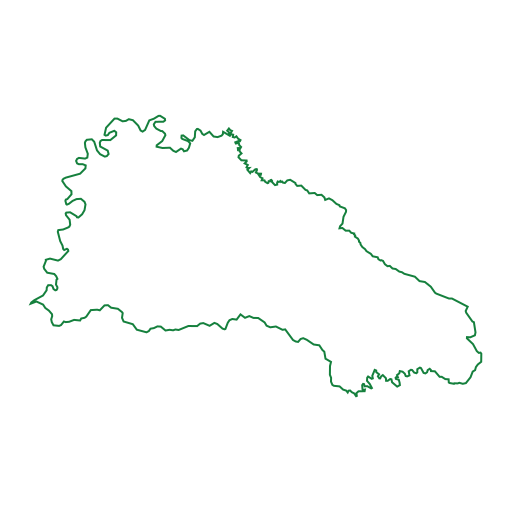 Menoaneng, Mokhotlong, Lesotho
{"feature_id": "5366337B74637186434694", "entity_name": "Menoaneng", "entity_type": "district", "adm_level": 2, "iso_a3": "LSO", "parent_name": "Lesotho", "parent_adm1": "Mokhotlong", "projection": "orthographic", "projection_center": [29.096, -29.433], "detail": "fine", "context": "isolated", "style": "outline", "palette": "green", "viewbox_px": 512, "rotation_deg": 0, "n_neighbors": 0, "source": "geoboundaries", "source_scale": "gbopen_adm2", "svg_char_len": 6017}
<svg xmlns="http://www.w3.org/2000/svg" viewBox="0 0 512 512"><path d="M475.1,370.1L475.9,367.1L477.8,364.5L481.2,361.8L481.3,353.7L480.5,352.6L478.8,352.9L476.8,351.1L473.0,344.1L466.9,338.3L467.0,337.1L470.3,337.3L474.9,335.3L475.5,332.4L473.9,322.2L472.4,321.5L466.2,312.7L465.7,311.0L467.7,306.7L451.9,298.5L448.9,298.5L436.3,293.6L435.0,292.7L430.8,286.7L424.9,282.0L419.5,281.1L414.9,276.7L404.3,273.8L401.9,272.2L399.3,271.6L395.7,269.0L392.5,268.5L389.8,265.9L387.5,266.2L384.9,264.2L383.0,260.9L381.3,260.2L380.5,260.5L378.4,259.2L377.7,257.3L372.7,256.3L370.9,253.9L366.5,251.2L365.1,249.2L362.3,247.0L360.6,244.5L360.3,242.8L359.0,241.7L359.0,240.6L357.9,238.6L354.9,236.6L355.2,235.4L354.0,234.4L354.2,233.5L351.2,232.8L349.3,230.7L345.7,230.7L342.4,228.0L339.5,228.3L340.1,226.2L342.5,223.6L343.5,216.8L346.0,211.8L346.1,210.1L344.9,208.3L339.8,206.4L339.4,205.2L336.4,203.9L332.4,200.2L329.0,198.4L325.2,199.9L324.4,197.4L321.5,194.8L317.2,195.1L314.7,193.0L309.2,193.4L307.2,190.4L305.5,189.9L301.3,185.6L297.2,185.9L295.6,184.1L295.4,183.0L290.2,179.8L287.3,180.4L284.9,183.0L282.9,182.6L282.3,181.6L281.0,182.0L280.5,181.0L278.9,182.0L277.7,181.5L277.1,182.9L277.2,184.6L275.0,185.1L272.1,182.1L272.1,180.9L271.3,179.9L270.5,180.1L270.3,181.3L268.7,181.2L268.3,182.9L267.5,183.2L265.1,181.7L264.5,180.4L261.7,180.3L262.5,178.3L260.2,177.1L258.8,175.0L260.8,174.8L261.0,173.7L258.0,173.6L255.9,172.5L257.0,169.9L256.7,169.1L255.3,169.3L252.4,171.9L251.2,171.4L250.2,173.1L247.4,169.8L249.2,168.0L247.6,168.1L246.5,167.4L247.8,165.0L244.7,163.4L246.7,161.4L246.6,160.5L241.4,160.3L238.5,157.3L238.8,155.7L241.5,153.4L239.5,151.2L239.8,149.1L238.0,149.9L237.8,148.1L240.5,148.0L241.1,147.0L239.3,145.2L238.8,143.0L235.8,143.5L235.3,142.3L239.1,140.8L240.0,141.1L240.5,140.1L238.1,138.7L236.4,136.3L234.6,137.5L232.8,137.0L233.2,134.7L231.0,134.2L230.7,133.1L232.0,130.9L230.3,130.2L228.9,128.5L227.2,130.7L229.3,132.7L228.6,134.4L230.4,135.2L229.9,135.8L223.1,131.8L222.8,134.3L221.5,135.7L217.6,137.1L213.6,136.5L209.4,131.8L204.0,135.0L202.3,133.9L200.5,130.6L197.8,128.9L196.9,129.0L195.2,131.3L194.8,137.3L192.4,140.8L189.5,140.2L183.2,135.4L181.6,135.6L181.4,137.9L182.2,138.9L188.0,141.1L190.2,143.4L188.9,147.8L187.1,150.5L184.0,151.3L182.7,149.3L181.0,148.6L176.0,152.0L173.3,150.8L169.9,147.7L162.5,148.0L156.6,146.7L156.7,145.3L162.2,141.1L165.4,135.2L165.0,133.7L162.3,131.1L160.8,131.0L156.3,128.6L154.2,126.1L153.8,124.3L155.5,121.8L163.4,121.7L165.1,120.4L164.9,118.8L160.1,115.8L158.5,115.9L153.9,118.7L149.3,120.4L145.1,129.9L142.6,131.6L140.6,130.5L138.2,125.6L132.9,120.2L128.8,119.2L125.9,120.9L122.6,121.3L117.4,118.6L114.5,118.6L106.1,127.7L104.5,134.8L105.7,135.6L107.8,135.1L109.4,132.8L114.3,130.8L116.2,132.3L116.1,135.4L110.3,140.1L102.1,140.0L100.5,141.0L99.8,142.8L100.2,146.5L107.7,150.6L108.6,154.0L106.8,156.1L104.8,156.6L100.1,154.2L97.0,150.4L94.2,141.7L91.8,139.3L86.8,139.8L85.4,141.4L84.9,142.9L85.4,147.4L87.8,153.8L87.3,157.6L85.1,158.6L78.9,157.9L77.1,158.9L76.1,160.9L77.1,163.4L78.8,164.2L82.7,164.2L85.7,165.4L85.4,168.4L80.1,173.7L65.9,177.6L63.6,178.7L62.6,179.7L62.3,181.0L65.9,186.4L71.4,191.1L71.5,194.3L67.3,199.1L65.8,199.6L65.4,200.9L66.3,204.2L66.9,204.6L68.9,203.8L72.6,200.9L76.5,199.1L80.9,198.8L84.5,201.8L85.5,204.4L84.5,210.2L82.1,214.3L78.4,217.5L77.0,217.3L76.5,216.2L70.1,212.3L66.3,212.6L65.7,213.4L66.0,215.2L69.6,219.7L70.2,224.7L69.3,226.7L68.0,227.5L63.1,229.5L58.3,230.1L57.8,231.8L60.2,241.1L62.5,245.6L63.2,249.0L64.2,250.0L66.9,248.8L68.0,249.6L68.3,251.0L60.8,259.2L58.0,260.6L50.0,258.6L45.8,259.8L45.9,260.9L43.6,266.7L44.2,268.8L47.2,272.7L54.3,274.0L56.2,276.2L57.4,278.9L56.5,279.7L56.0,284.6L57.4,287.2L57.3,288.7L56.5,290.0L55.3,290.3L53.5,289.0L52.5,286.2L51.1,285.2L48.2,285.2L46.8,287.5L46.6,290.3L43.0,295.5L34.3,300.2L31.3,302.5L30.7,303.7L36.4,301.5L43.1,304.6L45.3,308.0L48.9,310.6L52.0,314.2L52.2,316.1L51.2,319.3L51.8,322.2L53.5,325.3L59.1,325.9L61.0,325.1L63.9,321.5L65.6,322.1L69.1,321.8L74.1,319.9L80.1,320.5L81.2,318.5L84.6,317.8L86.3,316.6L90.8,310.1L97.2,309.7L99.8,310.3L104.5,305.4L108.0,305.2L111.1,307.7L117.9,308.8L122.0,312.1L122.7,313.1L122.0,317.8L123.6,321.5L132.8,324.2L136.8,329.7L146.5,332.3L148.8,331.1L150.5,328.7L153.9,328.1L157.4,326.4L160.8,326.6L165.5,330.5L169.6,329.8L173.1,330.3L175.4,329.5L178.6,330.0L188.4,326.0L197.1,326.1L200.2,323.6L203.3,323.1L209.6,325.8L214.4,322.9L217.3,324.0L222.5,328.6L224.6,329.3L225.4,329.0L227.8,322.7L229.5,320.2L232.3,319.0L236.6,319.6L240.5,314.4L245.0,317.8L249.3,316.1L253.4,317.9L258.2,318.0L264.6,322.4L266.6,325.7L270.3,327.3L275.9,326.5L282.5,329.8L285.2,329.4L293.0,340.0L295.7,341.5L298.1,341.9L300.6,339.0L303.2,338.2L306.8,339.8L313.7,344.5L319.3,345.3L322.4,350.0L324.3,351.7L325.5,358.7L331.0,361.9L330.0,366.0L329.9,374.8L331.1,377.8L331.0,381.6L332.4,384.9L333.9,385.8L339.6,386.4L343.1,389.6L346.2,390.6L347.7,392.5L348.6,390.7L350.1,390.5L351.8,392.2L354.2,393.4L356.1,396.2L356.8,395.9L356.4,393.2L358.5,391.3L364.6,391.2L364.9,389.6L363.0,390.0L362.5,389.3L362.2,385.2L363.1,383.9L364.0,384.1L364.7,386.3L367.3,386.2L371.2,388.4L371.9,388.0L369.7,383.9L367.0,380.8L367.2,377.7L368.1,376.5L371.7,378.8L372.8,378.4L372.3,375.8L374.7,369.9L376.2,370.5L376.3,372.2L379.1,374.3L377.9,376.3L379.3,378.4L380.2,378.4L381.1,376.4L382.8,375.1L385.9,378.2L386.1,380.8L387.7,380.8L390.2,379.0L391.4,379.3L392.1,382.3L397.2,386.6L399.9,385.1L399.6,382.7L398.8,379.8L395.9,378.9L395.6,377.8L396.4,377.0L397.8,377.1L397.0,375.1L399.3,373.3L399.8,371.1L402.6,371.7L404.8,373.7L405.7,376.0L407.2,376.4L409.5,375.4L408.7,371.3L410.9,369.8L412.1,370.0L414.2,372.6L416.4,373.2L417.3,372.3L417.3,369.2L419.9,367.6L421.0,368.1L423.6,372.9L425.4,373.4L427.1,372.2L427.7,370.1L429.7,368.8L430.9,370.0L431.0,371.1L434.9,371.3L439.6,376.8L441.7,376.8L445.3,379.1L448.6,379.3L448.8,382.5L449.6,383.0L454.0,383.8L454.3,383.3L457.7,383.4L459.3,382.8L462.8,383.8L465.9,383.1L470.5,377.3L472.7,371.6L475.1,370.1Z" fill="none" stroke="#15803d" stroke-width="2"/></svg>